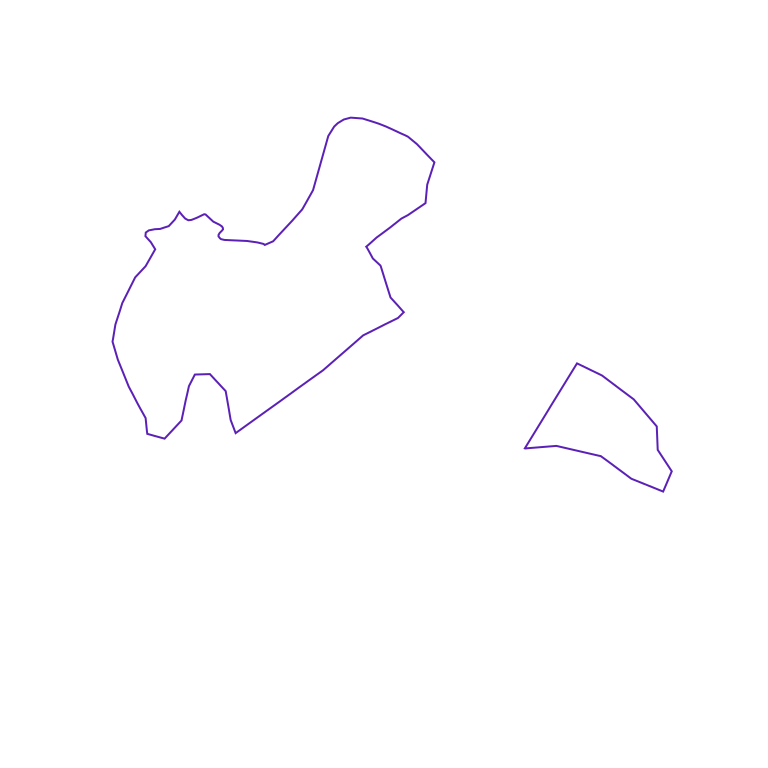 At Tyal, Sana'a, Yemen, rotated 313°
{"feature_id": "15242507B91957266097282", "entity_name": "At Tyal", "entity_type": "district", "adm_level": 2, "iso_a3": "YEM", "parent_name": "Yemen", "parent_adm1": "Sana'a", "projection": "mercator", "projection_center": [44.543, 15.27], "detail": "fine", "context": "isolated", "style": "outline", "palette": "violet", "viewbox_px": 768, "rotation_deg": 313, "n_neighbors": 0, "source": "geoboundaries", "source_scale": "gbopen_adm2", "svg_char_len": 2447}
<svg xmlns="http://www.w3.org/2000/svg" viewBox="0 0 768 768"><g transform="rotate(313 384 384)"><path d="M450.0,349.5L450.1,348.0L450.9,339.9L451.7,329.8L459.8,315.5L463.0,309.9L464.9,306.6L467.8,301.5L468.2,300.6L468.2,290.2L469.6,286.1L471.6,280.1L472.3,277.7L472.3,277.4L476.0,277.8L486.1,278.7L491.9,279.8L501.7,281.6L503.5,281.9L507.0,282.4L508.7,282.7L509.4,282.8L516.8,283.9L523.8,286.3L544.6,291.0L559.2,279.7L580.5,269.7L581.0,259.8L581.9,244.7L581.2,232.8L580.2,229.5L578.9,225.8L575.3,214.7L573.6,209.7L570.8,202.6L568.3,197.2L563.5,187.2L556.1,178.0L550.0,174.2L543.2,172.3L538.3,172.0L532.1,173.2L527.4,174.1L477.4,199.9L465.2,202.9L457.7,204.7L455.9,205.1L440.8,205.5L421.1,205.5L412.8,205.6L404.7,202.1L404.4,202.0L404.3,200.4L401.5,195.4L400.6,194.0L395.2,186.3L389.6,179.7L383.2,172.2L380.5,169.0L378.8,166.0L378.7,164.6L379.1,162.3L380.2,161.3L382.4,160.8L385.6,160.9L387.3,160.8L388.3,159.6L388.7,158.0L388.3,155.1L386.3,148.4L386.3,142.8L386.3,140.2L386.3,137.9L385.5,136.7L383.2,135.8L378.5,134.0L375.0,132.4L372.6,131.2L370.3,129.2L369.4,125.8L369.8,121.1L370.4,116.9L361.6,118.9L352.7,118.9L352.1,118.6L348.2,116.4L344.7,114.5L341.0,110.9L335.9,107.2L334.1,106.9L333.9,106.8L332.3,106.5L329.4,108.7L328.7,116.8L328.0,119.3L326.5,124.8L315.2,127.5L313.5,127.9L307.6,129.3L306.3,129.3L292.3,129.3L279.7,133.0L279.1,133.2L264.7,137.4L259.3,140.0L255.3,141.9L247.5,145.5L244.3,147.0L232.6,154.8L229.8,156.6L227.1,161.2L220.3,172.7L215.2,183.7L208.0,199.1L205.2,207.2L203.0,213.3L201.5,217.5L200.0,222.0L198.5,226.7L196.5,232.9L187.8,242.8L186.1,244.9L188.4,249.3L189.1,250.7L194.4,260.8L200.7,260.8L208.5,260.8L210.9,260.8L215.1,260.8L218.9,260.8L219.3,260.8L219.7,260.5L226.5,256.4L237.0,250.0L242.1,247.1L249.4,242.8L261.0,239.5L261.8,239.2L262.0,239.3L272.5,249.9L271.8,259.4L270.9,271.9L270.8,273.1L260.3,287.0L256.0,292.6L253.1,296.4L246.9,309.0L277.5,315.1L299.8,319.6L307.0,321.0L308.4,321.3L323.9,324.3L337.4,327.0L352.7,330.1L352.9,330.1L371.1,332.0L391.9,334.2L404.5,335.5L405.4,335.6L416.1,339.6L428.4,344.1L441.8,349.2L450.0,349.5ZM495.7,661.5L503.5,658.7L516.4,654.0L522.5,629.1L532.8,618.7L539.0,612.4L543.1,577.1L541.5,562.5L538.9,537.6L530.7,511.1L480.5,521.2L477.3,521.9L433.0,530.9L433.1,531.1L433.3,531.4L434.6,532.5L448.1,544.8L456.3,552.3L470.6,577.1L478.0,589.9L479.1,591.7L479.1,591.8L480.0,599.0L481.6,613.3L482.5,621.3L483.4,629.5L495.7,661.5Z" fill="none" stroke="#5b21b6" stroke-width="2"/></g></svg>